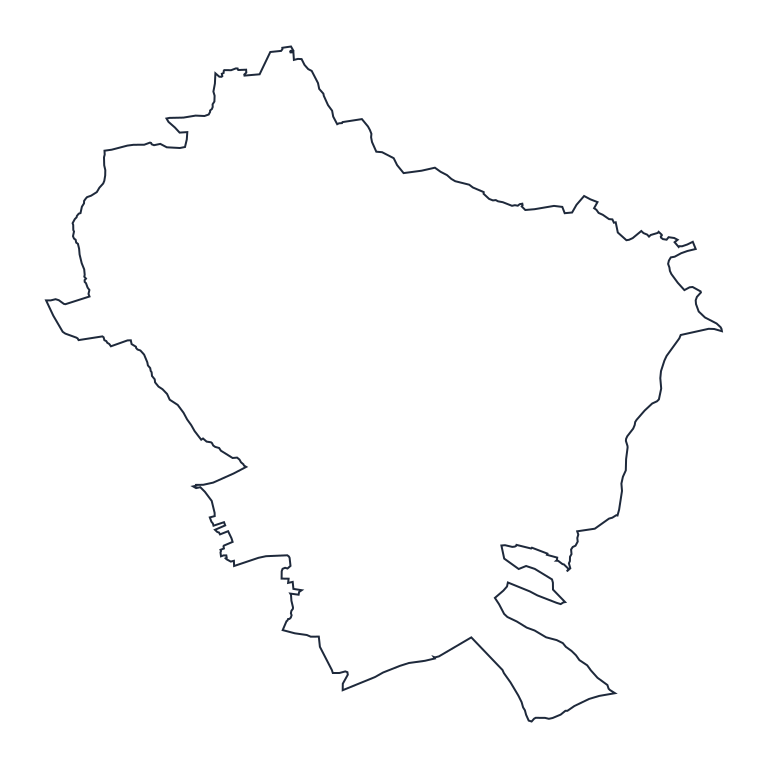 Madulari, Vâlcea, Romania (Natural Earth projection)
{"feature_id": "2599482B97246339752941", "entity_name": "Madulari", "entity_type": "district", "adm_level": 2, "iso_a3": "ROU", "parent_name": "Romania", "parent_adm1": "Vâlcea", "projection": "natural_earth1", "projection_center": [24.096, 44.675], "detail": "fine", "context": "isolated", "style": "outline", "palette": "slate", "viewbox_px": 768, "rotation_deg": 0, "n_neighbors": 0, "source": "geoboundaries", "source_scale": "gbopen_adm2", "svg_char_len": 6038}
<svg xmlns="http://www.w3.org/2000/svg" viewBox="0 0 768 768"><path d="M531.6,721.5L534.1,718.7L535.7,717.8L545.1,717.9L548.9,718.8L552.6,718.0L560.7,714.6L565.4,710.8L567.4,710.8L574.4,706.0L589.2,698.9L599.3,695.9L615.0,693.2L609.9,690.0L608.6,688.7L607.4,685.0L597.5,677.8L590.8,670.3L587.2,665.3L579.4,660.1L576.0,655.3L571.6,651.0L565.8,646.8L562.8,643.1L556.7,640.1L546.1,637.3L534.6,630.5L526.7,627.6L516.8,621.5L507.4,617.0L504.1,613.9L499.1,604.3L494.9,597.9L503.4,590.6L507.0,586.5L507.9,582.5L529.8,591.4L537.4,595.4L556.5,602.8L560.7,604.1L563.4,602.4L565.1,602.1L553.0,589.6L552.9,582.6L552.0,579.4L534.8,568.9L526.1,566.0L518.7,569.0L504.2,558.6L501.4,545.5L505.0,545.2L512.3,546.9L514.8,546.6L516.2,545.8L516.5,544.9L531.1,548.5L531.9,547.7L547.4,553.6L546.9,554.8L557.2,557.6L556.9,560.2L556.3,560.7L558.1,560.8L562.5,564.1L563.9,564.4L568.6,569.0L566.8,571.4L570.3,568.3L568.9,563.3L569.9,561.1L570.0,556.8L571.5,554.1L571.1,549.5L572.7,547.0L575.5,545.7L577.7,541.6L577.3,538.0L578.3,534.6L577.2,531.3L594.8,528.7L609.0,518.6L612.3,517.7L616.3,515.2L617.5,515.5L619.1,509.7L622.0,490.9L621.4,483.6L622.9,476.8L625.8,470.4L626.1,459.1L627.6,447.5L627.5,446.0L625.9,440.9L626.1,438.8L627.3,436.2L633.2,428.6L634.7,425.0L635.2,422.0L636.6,419.8L644.7,410.5L652.2,403.5L657.0,401.3L658.9,399.4L661.2,388.5L660.3,378.2L661.0,371.1L664.4,360.6L666.6,355.9L679.3,338.4L680.7,335.0L708.7,328.8L714.2,329.0L721.9,331.2L721.5,328.9L720.6,327.2L716.6,323.5L705.0,317.5L698.7,311.5L696.0,304.1L695.7,300.3L696.9,296.9L700.9,292.5L700.6,291.4L692.6,287.0L689.6,287.3L684.4,290.1L677.8,282.8L671.4,274.1L669.9,270.9L669.4,267.5L668.1,263.9L668.9,260.6L670.8,257.4L674.7,256.7L681.2,253.2L687.4,251.0L695.7,249.0L692.8,241.8L687.3,244.5L682.0,246.3L679.3,246.2L678.7,247.0L674.6,242.2L677.6,239.8L674.2,238.0L668.6,237.2L666.6,239.7L662.9,239.1L661.0,237.6L660.8,236.4L661.8,235.5L661.7,234.7L658.6,231.8L657.8,232.9L650.7,235.0L649.0,236.6L647.2,234.6L643.5,233.1L641.3,231.0L632.7,238.1L629.0,239.8L626.4,240.2L617.8,232.5L615.7,222.3L613.9,222.7L612.4,219.4L609.0,219.1L602.8,214.8L598.6,212.9L596.4,209.8L594.1,208.2L597.5,202.1L590.3,199.3L584.1,196.0L576.5,204.8L572.1,212.5L564.7,213.2L562.3,206.9L554.0,205.9L534.6,209.2L525.3,210.0L521.7,206.4L522.6,205.2L522.3,203.7L519.7,204.2L517.8,205.7L514.9,205.2L512.0,205.8L502.8,202.2L498.0,201.3L495.8,200.1L492.9,200.4L489.1,198.9L483.6,193.8L483.7,192.1L472.9,187.5L469.2,184.7L455.2,181.2L451.3,178.9L447.0,175.1L440.6,171.8L434.9,167.7L421.6,170.7L403.6,173.1L397.1,165.1L393.7,158.2L382.1,152.2L376.3,151.7L372.0,142.0L371.1,137.3L371.4,133.8L369.9,130.0L368.0,126.5L361.9,119.1L342.5,122.1L342.0,123.1L339.0,123.3L337.2,124.2L333.2,116.6L332.1,110.7L328.0,105.1L323.8,95.8L323.4,93.7L319.2,88.9L318.0,83.1L311.7,70.9L308.2,69.1L304.5,64.9L301.6,59.1L297.9,58.9L293.9,59.9L293.4,52.3L290.5,52.4L290.2,51.5L290.6,50.9L293.2,50.4L291.0,46.5L282.3,47.8L282.4,49.2L281.1,50.9L270.3,52.0L259.6,74.3L244.5,75.6L244.3,74.5L246.3,72.6L246.1,69.7L238.6,70.0L237.9,69.7L237.6,68.5L235.9,68.4L231.1,70.2L224.3,70.1L223.8,70.7L223.6,73.0L221.8,73.8L222.3,76.2L221.5,76.8L219.3,76.7L215.4,73.3L214.9,83.6L213.4,91.6L214.6,95.7L214.4,101.5L212.6,104.3L212.7,107.0L211.9,109.0L210.1,110.5L210.1,111.9L208.7,114.5L204.5,116.0L195.6,115.6L183.4,117.6L169.5,117.9L166.5,118.5L168.5,121.9L174.9,127.5L179.6,132.6L187.3,132.1L186.8,139.4L185.0,147.0L179.9,148.0L166.8,147.3L160.3,143.9L154.0,145.2L151.7,144.3L151.1,143.0L150.0,142.6L144.3,144.7L133.5,144.8L127.4,145.6L111.7,149.7L104.5,150.7L104.7,154.6L104.0,157.3L104.2,165.3L105.3,170.1L105.2,175.4L104.3,180.8L103.2,183.5L99.4,187.7L96.8,192.1L91.1,195.7L87.1,197.1L85.9,198.4L84.1,200.9L84.0,203.4L81.9,206.7L80.5,213.1L78.7,213.7L76.9,215.9L76.6,217.3L74.8,219.1L72.6,223.2L73.2,224.9L73.3,230.0L74.0,231.5L73.0,236.2L74.0,238.6L75.6,239.7L76.2,242.6L77.9,243.8L79.1,248.7L79.6,254.5L81.7,263.2L84.2,269.4L84.7,274.8L84.3,276.7L86.0,278.6L84.6,280.1L84.7,281.9L86.0,283.2L87.6,287.6L89.4,290.0L88.5,293.9L89.5,296.5L65.4,304.2L63.9,303.9L58.8,300.2L55.6,299.2L50.7,300.4L46.1,300.4L53.3,315.7L62.7,331.8L65.3,333.6L76.3,337.6L77.6,338.4L78.6,340.1L102.4,336.4L103.6,337.3L104.4,340.2L106.3,341.1L107.3,342.8L109.3,344.0L110.9,346.3L127.5,340.4L130.8,340.3L131.6,344.1L135.9,346.7L136.2,348.1L137.5,349.5L140.4,350.5L144.1,354.6L147.3,362.3L147.9,365.4L150.2,368.1L150.7,370.9L151.6,372.2L152.0,376.0L154.7,379.3L155.1,382.4L158.5,386.6L162.5,389.2L167.1,394.0L169.7,399.7L177.7,404.9L183.5,412.7L187.1,419.4L191.2,425.1L194.6,431.1L201.2,439.7L203.0,438.5L206.6,441.6L211.0,442.3L212.0,443.1L213.2,445.5L215.2,446.9L219.1,448.0L220.9,450.7L232.6,458.0L237.1,457.6L239.5,459.6L241.0,462.3L243.4,464.3L244.0,465.6L246.2,466.9L233.6,473.5L213.2,482.6L203.2,484.8L196.1,484.9L196.3,485.7L193.1,486.4L196.1,488.1L200.3,487.2L204.9,491.8L211.7,500.9L214.6,512.8L214.7,516.1L209.8,517.4L211.4,521.7L212.9,523.5L213.5,525.7L224.0,522.2L225.2,525.4L215.0,529.8L217.3,532.0L219.0,532.5L220.0,534.4L228.1,531.2L231.5,538.3L232.6,541.9L223.9,545.6L223.5,546.2L223.9,548.5L220.5,549.8L221.0,551.0L220.5,552.5L221.0,556.3L223.6,555.4L226.3,555.4L226.7,557.7L225.6,558.3L226.6,559.3L230.8,561.6L233.9,560.8L234.1,566.0L258.5,557.8L266.0,556.2L287.3,555.3L288.9,556.5L289.6,557.9L290.5,565.9L287.5,568.5L285.1,567.8L282.6,568.8L281.7,571.2L281.6,578.6L288.6,578.7L288.1,582.9L292.7,581.9L293.4,588.9L301.7,590.2L299.1,592.0L298.6,594.7L290.3,593.6L291.0,594.8L291.4,600.7L293.0,607.4L292.9,608.8L291.4,610.8L290.9,613.3L291.6,615.2L290.8,617.6L289.5,618.9L288.1,619.0L287.4,620.6L286.5,621.2L282.7,630.1L294.8,633.3L306.8,635.0L310.8,636.7L318.8,636.6L319.9,646.8L331.9,670.1L332.8,673.0L339.4,673.0L345.3,671.4L347.4,672.2L347.8,674.7L342.8,683.7L342.7,690.2L374.9,677.1L383.1,672.5L399.8,665.9L408.9,663.0L424.9,660.8L434.8,658.5L433.8,657.0L434.9,657.4L438.9,656.4L471.3,637.4L502.5,670.0L503.9,673.1L510.5,682.4L518.3,695.5L521.6,702.1L523.1,707.4L524.9,710.3L526.1,714.8L528.7,720.6L531.6,721.5Z" fill="none" stroke="#1e293b" stroke-width="2"/></svg>